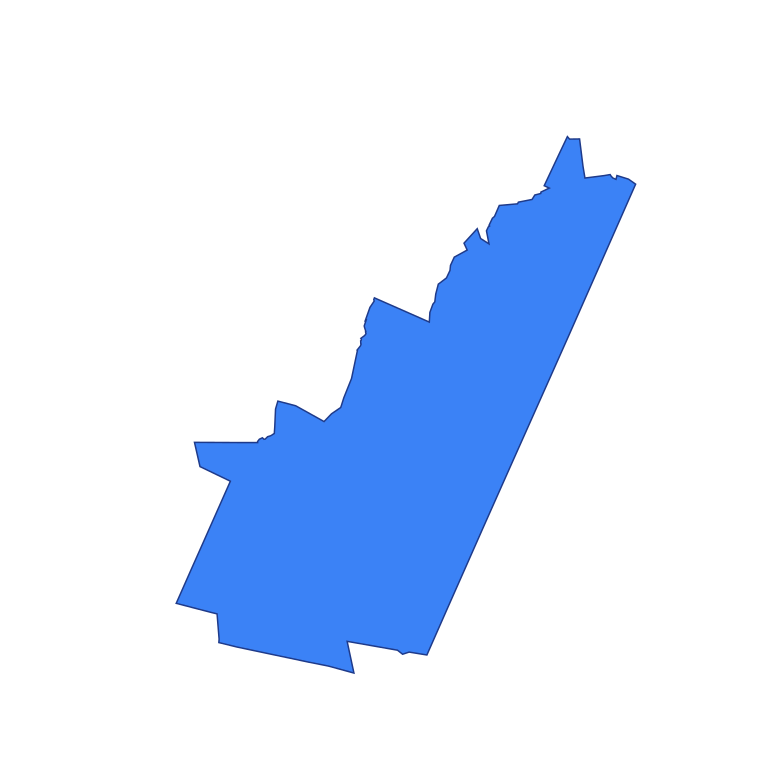 Naco, Sonora, Mexico (orthographic projection), rotated 114°
{"feature_id": "50627088B11700552359479", "entity_name": "Naco", "entity_type": "district", "adm_level": 2, "iso_a3": "MEX", "parent_name": "Mexico", "parent_adm1": "Sonora", "projection": "orthographic", "projection_center": [-110.037, 31.187], "detail": "fine", "context": "isolated", "style": "filled", "palette": "blue", "viewbox_px": 768, "rotation_deg": 114, "n_neighbors": 0, "source": "geoboundaries", "source_scale": "gbopen_adm2", "svg_char_len": 1795}
<svg xmlns="http://www.w3.org/2000/svg" viewBox="0 0 768 768"><g transform="rotate(114 384 384)"><path d="M614.1,234.6L564.1,234.8L511.7,234.9L476.6,235.0L462.8,235.0L462.4,235.0L446.3,235.0L445.8,235.0L445.1,235.0L444.0,235.0L443.0,235.0L441.9,235.0L440.8,235.0L439.7,235.0L438.4,235.0L438.2,235.0L437.5,235.0L436.9,235.0L436.3,235.0L435.2,235.0L433.6,235.0L433.3,235.0L433.2,235.0L400.4,235.0L308.7,234.9L278.1,234.9L265.6,234.9L99.3,235.4L99.1,235.4L97.4,244.0L98.8,256.0L102.7,255.3L102.7,258.8L101.7,261.1L100.7,262.6L104.1,267.7L114.1,284.2L104.1,290.8L80.6,305.0L84.8,314.1L83.4,317.1L95.6,317.4L104.0,317.6L137.7,318.3L137.8,312.7L144.8,318.7L146.2,318.3L147.8,320.3L150.0,323.1L155.2,323.8L163.2,335.2L165.1,335.3L174.0,351.3L186.0,351.2L188.5,352.4L196.3,352.6L196.7,351.8L198.0,352.6L202.4,352.7L213.3,345.1L211.8,354.9L204.2,362.0L222.8,368.2L227.8,362.5L239.5,371.4L248.6,371.5L253.4,369.9L261.7,370.1L270.7,375.0L280.8,373.3L288.3,371.0L291.2,371.8L299.9,371.2L309.0,367.8L309.2,427.8L311.0,427.7L312.3,426.7L319.7,428.0L333.6,426.9L332.9,426.3L339.0,425.7L340.1,424.9L343.5,421.9L343.9,422.1L345.4,420.9L347.6,421.4L351.7,423.7L352.0,423.0L353.4,422.6L354.0,422.9L356.6,421.6L356.8,421.2L358.7,421.0L364.0,422.4L364.2,421.9L392.2,415.9L413.0,415.1L420.8,414.2L423.1,414.0L425.2,415.3L432.5,419.8L442.7,423.5L439.8,455.8L442.8,474.0L451.0,472.9L467.5,466.4L473.8,464.1L477.3,466.4L479.5,468.9L482.6,470.1L483.3,471.1L482.6,473.2L485.1,475.4L487.9,476.1L488.9,475.6L497.2,494.3L514.4,533.4L534.3,518.5L535.3,484.8L602.5,484.7L624.8,484.7L629.9,484.7L668.9,484.6L662.9,448.5L661.9,443.0L684.1,430.9L687.4,429.7L684.1,411.4L668.7,339.5L664.3,320.1L660.3,293.9L634.1,313.0L621.7,263.4L623.3,257.1L618.7,252.0L614.1,234.6Z" fill="#3b82f6" stroke="#1e3a8a" stroke-width="1.5"/></g></svg>